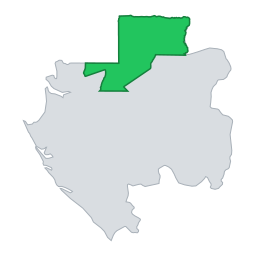 Wouleu-Ntem on a map of Gabon (Albers equal-area conic projection)
{"feature_id": "GAB-2187", "entity_name": "Wouleu-Ntem", "entity_type": "Province", "adm_level": 1, "iso_a3": "GAB", "parent_name": "Gabon", "parent_adm1": "", "projection": "albers", "projection_center": [12.153, 1.276], "detail": "fine", "context": "in_parent", "style": "filled", "palette": "green", "viewbox_px": 256, "rotation_deg": 0, "n_neighbors": 0, "source": "natural_earth", "source_scale": "10m", "svg_char_len": 5937}
<svg xmlns="http://www.w3.org/2000/svg" viewBox="0 0 256 256"><path d="M189.5,21.2L189.3,23.7L186.5,29.9L185.1,34.7L184.8,39.8L185.6,43.9L187.0,46.8L187.9,49.9L187.2,52.2L185.8,53.1L186.8,54.2L188.8,54.5L192.4,53.5L197.9,51.8L205.0,49.4L209.7,48.0L217.5,48.8L221.6,49.8L223.8,51.5L226.1,58.8L227.2,59.9L229.1,63.0L230.7,66.7L231.0,68.6L230.8,70.0L229.2,72.0L227.5,75.0L226.9,76.8L225.4,78.1L223.5,79.4L218.3,79.9L217.5,80.7L216.1,83.9L213.3,86.6L212.1,89.1L211.0,92.5L211.2,96.6L210.7,102.6L210.1,106.7L211.5,108.1L217.7,109.1L218.9,109.9L220.6,112.4L222.7,114.8L228.4,116.3L230.6,118.1L232.4,120.0L232.6,121.7L231.3,128.2L230.1,134.5L230.6,139.2L231.1,143.8L231.8,150.4L231.5,154.4L229.9,156.9L229.9,158.8L230.6,161.2L229.2,167.6L228.3,168.7L225.7,169.9L224.4,171.6L224.0,174.3L222.6,178.1L221.2,179.4L221.2,181.2L222.6,182.4L222.5,184.3L220.0,186.7L218.5,188.4L215.1,189.3L211.2,188.4L210.3,187.1L211.2,185.1L210.9,183.5L209.6,181.8L207.5,177.5L205.6,176.6L204.6,178.4L201.5,181.7L195.9,185.9L192.0,186.2L184.8,184.9L178.7,182.9L175.9,178.0L174.1,173.9L171.5,169.2L168.6,166.9L165.6,165.5L164.2,165.4L159.8,168.0L158.4,169.1L158.4,171.3L158.9,173.4L159.5,174.4L160.1,175.7L160.0,177.7L159.2,180.5L159.0,183.5L145.1,186.5L142.7,185.4L141.0,184.1L138.9,184.3L132.9,185.9L130.7,184.8L128.5,184.0L127.5,184.7L127.4,186.0L128.4,193.1L128.1,195.8L126.7,199.4L126.0,201.8L129.7,202.5L131.0,203.6L132.3,205.4L134.1,207.1L134.2,208.1L132.2,210.0L131.5,212.3L132.4,214.1L134.9,215.9L138.6,217.9L140.4,219.2L140.2,220.3L138.5,222.8L137.9,224.9L136.7,226.8L136.9,228.6L138.6,230.2L138.4,231.7L137.3,232.8L135.0,232.5L133.1,232.7L131.4,232.2L125.9,226.6L124.8,226.4L116.9,230.7L115.0,232.5L113.4,235.1L111.2,240.6L107.6,237.4L104.5,231.5L101.0,227.9L93.4,222.0L91.4,217.7L82.8,208.1L70.4,198.5L61.5,190.2L60.2,188.4L61.7,188.6L70.3,192.8L71.5,192.3L72.5,191.4L68.7,189.2L65.2,187.5L61.8,186.4L58.5,186.5L56.6,184.8L55.4,182.1L54.8,179.8L53.3,177.4L48.6,172.5L47.4,170.6L44.9,168.0L46.4,167.7L51.5,170.2L52.0,169.2L51.5,167.7L46.4,165.4L43.7,165.2L43.0,163.5L43.4,161.6L39.8,154.5L36.0,149.1L35.4,146.5L45.6,158.2L47.0,158.4L48.8,158.3L53.0,157.0L52.2,155.5L50.3,153.8L48.4,154.6L46.0,154.7L44.8,154.0L44.2,152.8L46.6,147.2L45.6,147.4L44.8,148.4L43.5,148.9L41.5,149.2L36.4,146.2L32.0,138.0L30.8,136.3L29.6,133.4L28.5,132.2L23.4,120.6L25.4,121.4L27.7,124.8L32.2,124.1L34.0,122.2L35.5,122.3L37.1,121.8L39.1,120.0L44.9,112.0L46.5,101.4L46.0,95.1L45.2,88.8L47.1,86.9L47.8,88.2L48.2,90.4L49.1,92.0L51.2,93.5L55.0,93.9L60.9,96.2L63.0,97.7L63.6,94.8L70.5,92.3L68.4,91.4L62.3,92.4L54.0,88.6L51.3,86.2L48.7,81.7L46.0,79.3L46.2,77.2L52.2,75.2L53.8,75.5L54.4,77.8L56.0,78.8L56.6,78.5L56.9,76.5L56.9,71.1L55.1,63.4L55.7,62.0L57.3,61.4L58.8,60.4L59.8,60.2L61.8,60.4L62.8,62.2L63.4,63.2L65.4,63.6L67.1,64.6L68.5,64.3L69.7,63.2L71.5,63.0L76.9,63.0L81.9,63.1L91.7,63.1L101.5,63.2L111.4,63.2L118.8,63.2L118.7,58.9L118.7,52.1L118.7,44.1L118.6,36.4L118.6,29.3L118.5,21.0L119.0,18.6L119.4,17.6L119.3,16.2L126.9,16.1L140.6,16.7L146.6,16.6L148.3,16.7L155.8,16.3L161.9,16.9L164.5,17.4L166.8,17.7L174.1,18.1L183.6,17.6L186.9,17.7L188.7,18.9L189.5,21.2Z" fill="#d9dde1" stroke="#a8b0b8" stroke-width="1"/><path d="M130.4,15.4L130.9,15.4L131.3,15.6L132.0,16.2L133.9,16.8L134.4,16.9L135.6,16.7L138.8,16.8L141.6,16.6L144.3,16.8L146.4,16.6L147.1,16.6L148.5,16.9L150.1,16.9L150.8,16.8L152.2,16.3L152.9,16.2L153.3,16.1L154.1,15.7L154.4,15.7L154.9,15.8L156.0,16.6L156.7,16.7L158.7,16.2L160.1,16.3L162.1,17.0L162.7,17.2L163.6,17.0L164.1,17.4L165.0,17.7L169.9,18.5L170.6,18.3L171.1,18.0L171.5,17.7L172.0,17.5L172.6,17.6L173.4,18.0L174.1,18.2L174.4,17.7L175.0,17.9L175.4,18.0L175.8,17.8L176.2,17.5L177.3,17.9L177.9,18.0L178.3,17.9L178.8,17.6L179.4,17.7L180.4,18.2L181.9,18.0L182.3,17.8L183.0,17.2L183.4,16.8L183.7,16.7L184.8,16.8L185.8,17.0L186.3,17.4L186.6,17.5L186.9,17.5L187.4,17.2L187.7,17.2L188.1,17.4L188.7,17.8L189.2,18.2L189.5,18.7L189.7,19.2L189.5,20.3L189.6,21.2L189.6,23.4L189.4,24.5L189.1,25.4L187.8,26.1L187.6,26.3L186.9,27.0L186.7,27.1L186.4,27.3L186.4,27.6L186.6,28.2L186.5,28.6L186.3,28.9L186.1,29.1L185.8,29.4L185.6,29.8L185.4,30.4L184.9,30.5L185.2,31.3L185.5,31.9L185.7,32.2L185.9,32.6L185.8,33.2L185.5,34.6L185.2,35.1L184.8,35.6L184.4,35.8L184.6,36.5L184.5,37.1L184.3,37.8L184.1,38.5L184.3,40.2L184.2,41.1L183.6,41.8L184.2,42.8L184.9,43.8L185.1,43.5L185.5,43.8L185.8,44.2L185.8,44.7L185.6,45.2L186.4,45.6L187.0,47.4L187.6,47.7L187.6,48.0L187.6,49.7L187.6,50.0L187.6,50.3L187.7,50.6L188.0,51.0L187.9,51.2L187.7,51.3L187.4,52.0L186.9,52.4L186.3,52.6L185.7,52.7L185.5,52.9L185.3,53.4L185.1,53.9L184.4,53.9L184.7,54.3L185.2,54.4L185.5,54.7L185.6,55.2L155.6,54.7L155.6,55.0L155.5,55.4L155.5,55.5L155.4,55.6L155.0,56.2L154.9,56.3L154.9,56.6L154.8,57.0L154.6,57.3L154.2,57.8L153.5,59.1L153.4,59.3L152.8,59.9L152.7,60.1L152.7,60.3L152.6,60.5L152.2,61.3L151.9,61.8L150.9,63.1L150.7,63.8L150.7,64.5L150.8,65.9L150.8,66.1L150.7,66.5L150.7,66.8L150.8,67.0L150.6,68.1L150.5,68.4L150.2,68.7L124.2,86.4L123.9,86.7L123.8,86.9L124.0,87.2L127.7,91.1L99.6,91.0L99.8,90.8L100.1,90.5L100.1,90.4L100.3,90.3L100.5,90.0L100.7,89.5L100.8,89.3L100.8,89.1L100.8,88.7L100.5,87.5L100.6,87.1L100.7,86.9L100.9,86.8L101.0,86.7L101.2,86.4L101.2,86.1L101.3,85.1L102.1,82.4L102.2,82.1L102.7,81.4L102.7,81.2L102.8,80.8L102.9,80.6L103.0,80.4L103.2,80.2L103.5,79.8L103.6,79.5L104.0,78.0L104.1,77.9L104.3,77.6L104.8,77.2L105.0,76.8L105.2,76.0L105.5,75.0L105.6,74.5L105.7,72.0L105.6,71.2L105.2,69.8L105.1,69.7L104.8,69.7L85.9,76.2L85.3,76.3L85.1,76.2L84.9,75.9L84.6,74.8L84.4,74.5L84.2,74.2L83.7,73.4L83.6,72.9L83.8,72.2L84.3,70.8L84.7,70.1L85.3,68.2L85.5,63.1L86.3,63.1L97.1,63.2L105.3,63.2L108.0,63.2L118.8,63.3L118.7,53.8L118.7,44.3L118.7,36.7L118.6,34.8L118.6,25.3L118.6,22.4L118.3,21.0L118.5,20.6L118.7,20.2L118.7,19.8L118.7,19.3L118.8,18.7L119.0,18.3L119.3,17.9L119.5,17.4L119.5,16.9L119.3,16.5L119.4,16.1L129.0,15.8L130.0,15.5L130.4,15.4Z" fill="#22c55e" stroke="#15803d" stroke-width="1.5"/></svg>